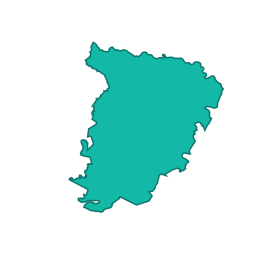 Rosamorada, Nayarit, Mexico, rotated 297°
{"feature_id": "50627088B89463158641858", "entity_name": "Rosamorada", "entity_type": "district", "adm_level": 2, "iso_a3": "MEX", "parent_name": "Mexico", "parent_adm1": "Nayarit", "projection": "natural_earth1", "projection_center": [-105.198, 22.15], "detail": "fine", "context": "isolated", "style": "filled", "palette": "teal", "viewbox_px": 256, "rotation_deg": 297, "n_neighbors": 0, "source": "geoboundaries", "source_scale": "gbopen_adm2", "svg_char_len": 5844}
<svg xmlns="http://www.w3.org/2000/svg" viewBox="0 0 256 256"><g transform="rotate(297 128 128)"><path d="M127.7,90.5L127.0,88.8L125.1,88.9L125.3,90.3L123.6,90.0L123.8,91.4L119.4,92.1L118.9,97.7L116.4,97.7L109.3,93.4L101.7,96.1L102.1,96.6L102.8,96.7L103.0,97.2L103.6,97.6L103.5,98.5L103.6,99.3L98.0,104.7L89.9,102.0L96.7,98.6L96.2,97.1L97.6,96.9L97.5,94.3L96.4,92.5L95.7,92.1L93.9,92.9L90.5,96.9L88.2,97.4L86.8,97.3L86.3,97.1L83.6,97.4L83.8,98.4L83.6,98.6L82.7,98.4L83.1,101.8L84.8,107.5L78.9,112.7L79.5,111.1L78.7,110.6L78.0,108.8L77.5,108.6L77.0,108.6L77.1,109.1L76.8,109.5L75.5,109.6L75.0,110.0L74.0,109.7L73.2,110.5L72.5,110.3L71.6,110.5L70.9,109.8L70.8,109.3L70.2,109.6L69.5,109.2L68.9,109.5L68.5,110.6L67.9,111.4L67.1,111.4L66.1,112.4L66.1,112.7L65.7,112.7L65.4,112.5L64.8,112.8L65.0,111.6L63.7,111.6L63.4,109.2L64.3,108.2L64.2,106.5L63.9,106.4L63.7,107.0L63.3,107.0L63.2,106.7L62.6,106.5L61.9,108.7L61.5,108.6L61.1,107.0L60.4,106.5L60.1,105.4L59.8,105.1L58.7,105.1L58.6,104.5L58.2,104.4L56.7,101.9L56.8,101.5L58.0,101.3L58.0,99.9L57.2,99.9L57.0,100.2L56.7,100.0L56.6,98.9L55.3,99.1L55.1,120.3L49.8,121.3L49.3,121.0L48.8,120.3L48.8,118.8L48.3,118.8L47.4,119.9L46.5,120.7L44.5,120.2L44.4,118.2L42.9,116.4L42.8,115.8L41.2,116.4L40.6,119.2L41.0,120.9L42.4,123.0L44.3,124.8L44.9,125.0L46.0,126.5L47.9,131.0L49.2,133.0L49.9,134.7L50.0,135.7L48.6,136.5L47.7,135.3L46.7,134.5L46.2,134.4L45.6,133.6L45.7,131.1L45.4,130.8L45.4,128.9L45.0,128.6L44.6,127.2L43.0,125.8L41.3,124.9L39.2,124.5L37.3,124.7L37.6,126.9L37.5,132.0L38.9,136.2L40.0,138.8L41.1,142.5L42.4,143.5L43.3,143.8L43.9,143.6L45.3,144.3L49.3,148.8L51.0,149.1L51.7,148.8L52.7,149.0L53.1,148.8L53.3,148.2L54.0,148.2L56.0,149.8L57.7,150.2L58.6,151.0L60.2,151.4L60.9,152.2L61.3,152.3L61.4,152.0L61.8,152.1L62.2,151.9L63.1,152.3L63.3,170.5L72.4,179.7L78.3,180.4L80.8,175.6L81.3,175.9L82.7,178.4L85.9,179.4L87.6,179.1L88.0,178.7L88.6,178.6L92.5,179.2L95.2,178.2L97.3,178.1L99.5,177.3L100.5,177.5L101.4,178.1L102.0,179.0L102.6,181.1L102.6,183.0L102.8,183.6L103.2,181.8L111.2,186.8L114.8,190.5L114.6,193.8L114.2,193.9L113.5,193.3L112.7,194.0L113.2,194.3L113.0,194.6L113.6,194.8L115.6,196.8L117.2,197.6L118.1,197.6L118.2,197.2L120.3,196.5L122.9,196.2L124.3,196.8L125.0,197.5L125.5,197.3L126.0,196.4L126.5,193.6L126.4,190.6L126.7,189.7L127.4,188.9L129.2,188.3L130.3,188.6L131.4,189.5L131.9,191.5L132.6,193.5L132.7,194.5L133.3,195.3L133.6,194.7L135.7,192.7L146.6,193.9L148.3,191.8L148.9,190.6L152.1,189.1L152.3,189.5L152.0,189.8L152.3,190.2L153.2,190.3L153.8,190.1L154.3,189.0L155.0,188.6L155.7,188.8L156.0,189.4L156.9,190.0L157.0,190.4L157.7,190.4L158.3,189.1L159.7,188.9L160.2,188.5L160.8,186.5L161.4,186.1L162.0,185.9L162.9,186.1L164.5,187.3L165.1,187.9L165.8,189.2L164.8,190.9L165.3,191.5L164.9,192.2L164.1,192.2L164.2,193.2L163.8,193.3L163.7,193.9L163.4,193.8L163.4,194.5L163.1,195.2L160.8,197.5L167.0,197.4L168.2,198.0L174.4,198.1L174.5,197.6L174.2,196.8L174.8,196.5L175.2,195.4L177.6,194.1L178.1,194.2L180.2,192.4L180.2,190.9L180.5,190.5L180.6,190.0L180.4,187.7L180.9,187.3L182.4,187.8L183.0,188.6L184.4,192.1L184.7,195.6L186.7,197.9L188.9,197.4L191.3,196.2L191.8,196.1L192.6,196.4L198.6,195.7L200.7,196.1L202.6,195.0L204.0,194.9L205.4,195.2L206.3,194.8L206.4,193.9L207.4,192.1L207.9,192.0L208.9,191.3L209.2,190.7L209.3,189.6L209.1,189.2L209.5,188.6L209.4,187.6L210.7,184.1L210.8,183.6L211.3,182.9L211.7,183.0L212.4,182.4L213.1,180.8L213.0,180.0L212.2,178.9L209.8,177.4L208.2,176.0L207.4,174.9L207.4,173.8L207.8,173.2L208.3,173.1L209.6,173.9L210.8,173.9L211.8,173.0L212.0,172.2L211.5,170.7L211.4,169.7L211.7,168.9L212.2,168.5L213.9,168.8L215.1,168.7L215.8,167.9L216.1,167.1L215.6,165.1L216.2,164.5L216.9,164.5L218.0,163.8L218.6,162.8L218.7,161.9L218.1,159.4L217.5,158.2L216.8,157.6L215.5,157.0L214.3,157.0L213.6,156.3L213.3,155.5L213.2,154.7L213.6,153.9L213.9,152.6L213.1,151.5L212.5,151.1L212.2,149.3L213.2,147.0L213.7,146.5L214.4,144.4L213.9,142.6L213.3,142.1L211.4,138.2L211.1,135.9L210.4,133.8L208.2,130.8L208.3,129.8L208.9,129.2L209.4,127.6L209.8,127.2L209.6,126.0L209.1,125.7L208.1,126.1L207.6,128.1L207.5,128.3L206.8,128.2L205.9,127.2L205.9,125.9L205.5,125.0L203.9,123.2L203.2,122.7L202.2,120.6L202.5,119.0L202.4,118.7L203.3,116.9L203.7,115.7L202.5,112.5L202.7,111.6L203.5,110.4L203.5,109.0L202.6,107.6L201.2,106.5L200.0,106.2L199.1,106.7L198.0,105.7L196.4,105.3L196.1,104.7L196.4,103.6L194.8,101.4L194.8,100.5L195.4,98.7L195.4,96.5L195.8,94.2L195.7,93.2L196.1,92.1L196.3,90.6L195.9,89.8L195.9,89.3L195.4,88.2L193.7,86.9L192.6,84.3L192.8,82.8L192.0,81.9L191.8,82.3L191.6,82.0L191.5,81.3L192.5,79.1L192.9,77.2L191.9,76.1L190.6,75.6L189.7,75.4L188.9,75.7L187.4,75.9L186.8,75.7L185.4,71.8L185.4,70.5L185.8,69.5L184.2,67.9L184.5,67.2L185.2,67.1L185.5,66.7L186.2,65.4L186.6,63.6L187.5,62.6L188.0,61.6L188.4,60.1L188.2,59.3L188.6,58.4L187.1,57.9L185.7,58.4L184.1,58.1L183.1,58.4L182.9,59.2L182.2,59.3L181.0,60.1L179.9,59.9L179.2,60.1L178.2,59.6L177.8,60.7L176.5,61.5L175.8,61.3L174.6,62.2L173.6,61.2L172.9,61.4L172.1,61.0L171.2,60.1L169.9,60.0L169.2,59.2L168.6,59.9L168.2,61.1L167.5,61.4L166.8,61.4L166.0,61.9L165.9,62.8L166.4,62.9L166.4,63.1L165.7,63.9L165.7,65.2L165.3,65.6L165.9,66.3L166.2,67.5L165.1,68.6L165.4,69.2L165.2,69.7L165.5,70.3L165.4,72.0L165.8,73.9L165.0,74.2L165.2,74.5L165.3,75.2L165.2,75.4L164.9,75.4L165.4,75.9L165.5,77.5L165.2,78.2L164.7,81.0L164.7,83.1L163.9,84.0L163.6,84.0L162.6,85.2L162.2,86.3L161.5,86.7L161.1,87.5L160.4,87.7L159.9,88.8L159.0,88.9L159.0,89.4L158.3,90.1L157.3,91.9L156.9,92.0L156.4,91.8L156.1,92.4L155.0,92.9L154.2,92.7L153.2,91.8L151.8,92.9L151.6,92.7L151.3,91.5L150.2,90.5L150.1,89.8L149.4,90.4L146.2,89.8L145.0,89.2L144.8,88.8L144.0,89.4L140.5,88.2L140.0,87.4L140.1,86.8L140.0,86.7L139.8,87.4L140.0,87.7L139.7,87.7L138.4,87.0L137.5,87.2L131.1,86.3L131.2,88.8L129.5,88.7L127.7,90.5Z" fill="#14b8a6" stroke="#0f766e" stroke-width="1.5"/></g></svg>